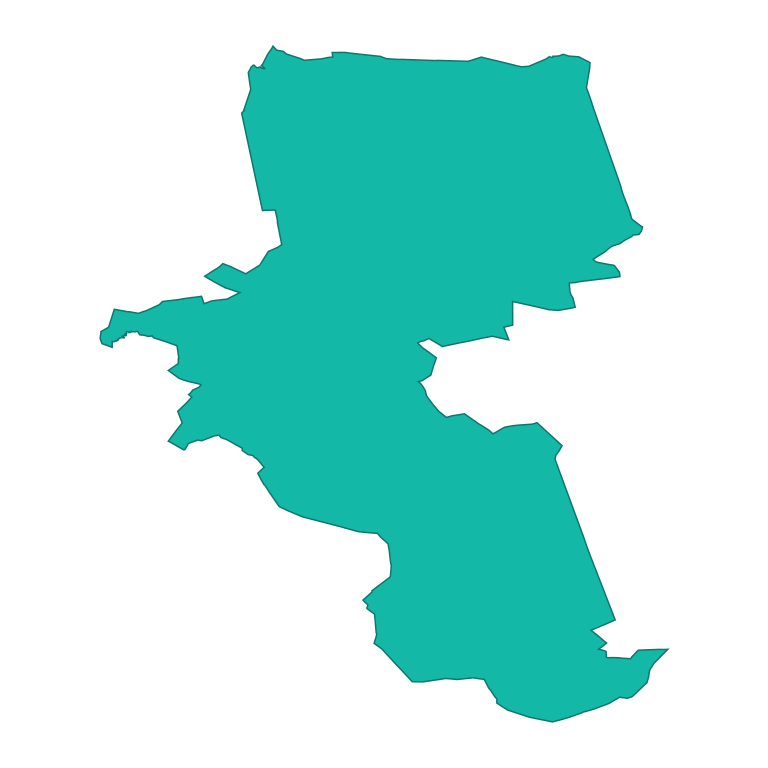 outline of Vidrižu pag., Limbaži, Latvia
{"feature_id": "27541924B82277594032017", "entity_name": "Vidrižu pag.", "entity_type": "district", "adm_level": 2, "iso_a3": "LVA", "parent_name": "Latvia", "parent_adm1": "Limbaži", "projection": "equal_earth", "projection_center": [24.641, 57.308], "detail": "fine", "context": "isolated", "style": "filled", "palette": "teal", "viewbox_px": 768, "rotation_deg": 0, "n_neighbors": 0, "source": "geoboundaries", "source_scale": "gbopen_adm2", "svg_char_len": 6018}
<svg xmlns="http://www.w3.org/2000/svg" viewBox="0 0 768 768"><path d="M332.2,52.5L332.7,57.1L328.6,57.4L321.9,58.8L304.5,60.3L300.2,58.5L300.1,58.4L299.2,58.2L287.0,54.2L286.6,54.2L283.4,51.4L276.7,50.2L273.0,46.1L271.7,48.5L267.6,54.4L262.6,64.3L261.4,65.5L264.8,68.3L264.4,68.7L263.6,68.6L261.9,68.1L260.6,67.4L260.6,67.1L260.3,66.9L258.9,67.2L258.5,67.4L258.0,67.9L257.6,67.9L256.9,67.7L255.9,67.0L254.2,65.3L253.5,65.1L252.9,65.4L251.6,66.8L251.1,67.1L250.5,68.3L250.6,68.6L248.3,72.3L248.3,72.6L250.1,85.5L250.3,86.3L250.7,89.3L250.1,91.3L243.7,110.5L244.1,110.6L241.7,113.1L241.7,113.4L261.8,207.5L262.5,210.5L275.0,210.0L275.4,210.8L277.5,220.7L277.7,221.1L277.3,222.0L280.8,240.0L281.0,240.6L281.5,243.8L281.8,244.6L277.8,247.3L268.4,251.4L259.7,265.2L245.7,273.8L230.6,266.6L222.8,263.6L219.5,266.8L217.1,268.4L209.9,272.8L209.7,273.1L204.7,276.2L209.7,279.3L214.3,281.9L220.3,285.2L224.4,287.2L224.4,287.5L239.8,292.6L227.0,299.1L214.7,300.5L212.2,300.9L210.1,301.4L209.9,301.6L204.1,303.7L201.5,296.3L197.7,296.9L191.5,297.6L184.2,298.6L177.9,299.7L163.3,301.4L162.3,301.6L159.3,304.7L154.4,306.9L149.8,309.1L145.5,311.0L143.1,311.6L138.8,313.3L138.4,313.3L131.9,312.2L131.2,312.0L127.0,311.6L114.3,309.3L108.7,327.0L108.5,327.3L107.8,327.7L100.9,331.6L100.9,332.1L101.1,332.2L100.3,336.7L100.2,338.9L102.1,343.7L112.2,347.3L112.2,341.5L112.7,341.5L114.5,341.7L115.7,340.8L116.4,341.1L118.2,340.0L117.6,339.2L119.8,338.4L119.8,337.9L121.1,337.6L121.6,337.8L122.8,337.6L124.0,337.9L124.2,337.4L123.2,336.6L122.4,336.5L122.2,336.3L123.8,335.8L124.5,335.5L125.4,335.8L126.2,335.4L126.1,334.8L126.4,334.1L125.0,334.3L125.3,333.8L126.2,333.6L126.6,332.9L126.1,332.0L127.0,331.6L129.2,331.9L129.0,332.5L130.1,332.5L131.0,332.0L131.3,331.4L132.4,331.9L133.7,331.6L134.7,331.9L135.2,331.9L136.7,331.4L137.7,331.5L138.2,332.5L139.3,334.1L139.7,334.8L140.6,334.7L141.7,335.2L141.9,335.0L144.6,335.3L145.1,335.6L145.9,335.6L146.3,335.7L146.5,336.0L147.5,336.4L148.4,336.1L149.0,336.3L149.9,336.3L150.3,336.1L151.1,336.2L151.9,335.8L152.4,336.0L153.4,337.7L165.1,341.5L177.0,345.7L178.7,357.4L178.7,358.7L178.3,358.8L178.3,363.5L168.3,370.5L179.2,378.4L184.4,380.3L187.6,381.3L199.8,384.1L200.2,384.7L201.0,385.0L199.3,386.9L198.2,387.6L192.7,390.1L190.5,393.0L188.6,394.6L191.8,397.1L186.4,403.0L177.7,411.3L180.1,417.5L182.2,423.0L176.2,430.6L168.3,441.2L171.8,443.0L178.5,446.9L184.0,450.0L185.3,449.1L188.4,443.5L189.2,443.1L197.9,440.1L201.8,440.7L214.3,435.9L218.0,435.3L219.3,435.3L220.5,437.1L220.8,437.5L226.5,439.5L242.0,448.1L242.2,448.4L242.2,450.3L242.3,450.5L242.8,450.9L248.0,454.5L248.6,454.7L252.0,455.3L253.1,455.8L253.4,456.0L254.2,457.3L256.6,458.6L258.1,460.1L260.7,463.2L264.1,467.3L257.8,473.2L261.5,480.4L264.1,484.8L264.6,484.9L267.7,489.6L269.8,493.1L270.7,494.2L278.2,505.2L279.5,506.8L288.7,511.1L302.7,516.9L338.6,526.2L358.1,531.6L365.4,532.4L377.4,533.4L379.7,536.0L380.3,536.8L382.8,539.1L388.0,543.7L388.9,548.6L389.4,551.9L390.6,562.7L391.3,565.5L391.0,569.8L390.3,576.7L389.6,577.4L371.9,590.8L372.1,591.2L372.2,591.5L372.1,591.8L371.8,592.2L366.5,596.9L365.9,597.6L363.1,599.9L363.0,600.1L363.2,600.5L366.6,603.7L367.6,604.5L367.9,605.0L367.3,606.8L366.9,607.9L366.9,608.4L367.2,608.8L374.1,613.8L374.6,614.2L374.6,614.4L376.2,632.8L376.8,633.9L376.5,635.0L376.2,636.7L375.3,639.5L374.1,643.4L381.8,648.9L397.2,665.7L401.2,669.8L412.2,681.7L422.7,681.9L430.3,680.8L445.5,678.5L450.0,678.8L457.0,679.5L473.3,677.8L480.3,678.9L484.2,679.3L488.7,688.0L489.9,689.4L491.3,691.2L491.8,692.2L495.3,697.4L496.9,698.8L496.8,703.0L502.9,707.1L506.7,709.3L507.4,710.0L529.3,717.2L552.5,721.9L561.7,719.5L570.1,717.0L570.7,716.8L571.1,716.4L572.9,716.0L581.8,712.8L583.3,712.0L586.0,711.4L593.5,709.2L608.6,703.6L609.7,703.0L619.5,697.2L626.9,698.2L627.8,698.1L631.7,696.9L632.3,696.5L638.2,691.0L643.8,685.6L646.9,682.8L647.1,682.2L648.5,677.3L649.6,670.4L649.9,669.8L653.7,663.7L654.2,663.1L655.1,662.2L667.8,649.3L664.0,649.5L658.7,649.4L638.5,650.2L638.1,650.3L632.7,656.0L631.8,656.9L630.7,658.7L620.8,658.1L619.7,657.8L613.3,657.6L608.0,657.7L606.4,657.4L606.3,655.9L606.1,651.7L606.0,651.4L605.7,651.2L602.8,650.3L599.6,649.4L598.3,649.5L598.3,649.4L603.1,645.9L606.6,643.0L603.0,640.1L597.8,635.6L592.6,631.5L591.1,630.2L606.6,623.7L615.2,619.9L589.1,552.7L586.8,546.4L583.2,535.9L555.0,459.2L555.8,455.4L559.3,450.6L562.1,445.7L536.9,422.6L534.7,423.5L531.8,424.2L518.7,425.1L513.0,425.7L507.2,426.7L504.8,427.2L502.5,428.4L494.9,432.8L492.8,433.7L489.1,430.3L480.8,425.0L479.4,424.3L464.4,413.8L456.0,415.2L452.4,415.7L446.4,417.4L438.8,411.4L432.8,404.3L426.5,395.8L425.3,390.6L422.8,386.4L420.4,383.2L418.1,381.6L422.0,380.7L430.9,375.0L433.2,366.9L436.4,357.9L428.8,352.2L422.3,347.6L417.7,343.0L420.7,341.4L423.9,340.8L429.0,338.4L430.1,339.2L440.3,345.2L442.2,346.6L442.4,346.5L459.0,343.0L469.2,341.0L482.5,338.1L492.4,336.2L508.1,339.8L508.8,339.9L503.9,327.2L512.7,325.1L512.6,301.5L539.3,307.4L548.6,309.6L548.8,309.7L558.4,310.4L571.4,308.1L575.2,307.2L572.9,297.9L570.9,294.5L569.9,291.5L569.3,283.0L575.6,282.5L578.0,281.9L583.1,281.2L599.4,279.2L601.8,279.0L620.0,276.6L619.5,272.4L619.3,271.9L618.7,271.3L614.5,265.7L614.0,265.4L613.1,265.1L610.0,264.7L602.5,263.3L596.2,262.0L593.0,259.5L594.8,258.3L595.8,257.5L604.4,252.2L610.6,247.0L613.1,245.8L617.6,244.3L618.2,244.2L620.0,243.5L625.5,239.8L631.8,236.5L633.2,235.0L639.0,234.5L641.3,231.2L641.8,229.8L642.4,227.6L642.4,226.8L642.0,226.8L638.7,224.4L632.0,219.2L631.3,217.5L630.7,215.2L630.4,215.0L630.7,214.8L628.1,207.3L623.8,196.3L622.1,191.5L620.6,185.8L593.6,108.6L590.8,99.9L588.3,92.7L586.4,87.8L589.6,68.7L590.0,62.7L589.4,62.3L578.8,56.8L568.9,56.1L562.8,54.2L563.0,54.4L559.1,55.9L554.5,56.3L553.0,56.2L552.8,57.4L549.1,57.0L549.1,56.9L546.0,59.0L528.8,66.3L521.6,66.8L514.4,65.3L514.5,65.2L503.3,62.4L488.1,58.8L481.3,57.1L468.3,61.3L437.5,60.4L435.9,60.6L402.3,59.4L398.1,59.4L386.3,58.7L380.4,56.4L353.4,53.5L347.4,52.8L344.9,52.4L332.2,52.5Z" fill="#14b8a6" stroke="#0f766e" stroke-width="1.5"/></svg>